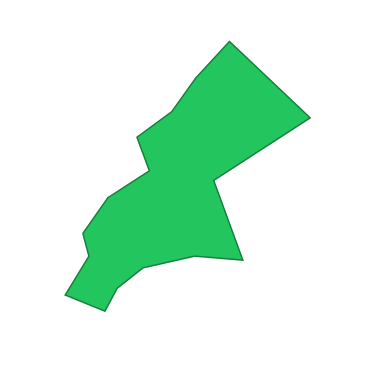 the border of Marsaxlokk, rotated 298°
{"feature_id": "MLT-5963", "entity_name": "Marsaxlokk", "entity_type": "state/province", "adm_level": 1, "iso_a3": "MLT", "parent_name": "Malta", "parent_adm1": "", "projection": "mercator", "projection_center": [14.544, 35.838], "detail": "fine", "context": "isolated", "style": "filled", "palette": "green", "viewbox_px": 384, "rotation_deg": 298, "n_neighbors": 0, "source": "natural_earth", "source_scale": "10m", "svg_char_len": 371}
<svg xmlns="http://www.w3.org/2000/svg" viewBox="0 0 384 384"><g transform="rotate(298 192 192)"><path d="M342.5,154.4L312.9,261.5L212.4,205.7L155.7,268.9L136.6,224.4L102.1,184.4L71.8,171.1L45.9,171.1L41.5,128.4L86.9,131.1L104.2,115.1L147.5,120.4L190.7,144.4L214.5,117.7L253.4,136.4L294.5,141.8L342.5,154.4Z" fill="#22c55e" stroke="#15803d" stroke-width="1.5"/></g></svg>